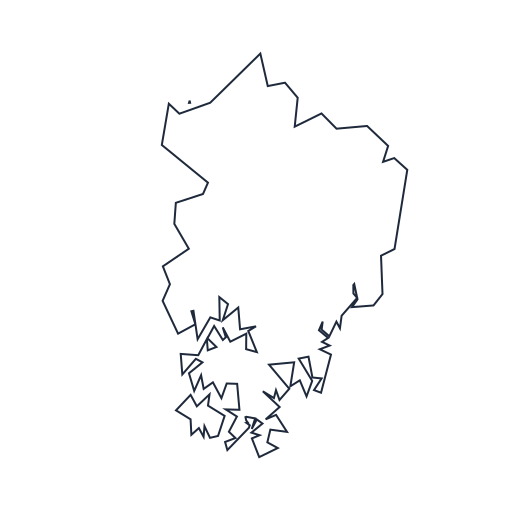 outline of La Chorrera, Panama, rotated 199°
{"feature_id": "35544464B93152851867893", "entity_name": "La Chorrera", "entity_type": "district", "adm_level": 2, "iso_a3": "PAN", "parent_name": "Panama", "parent_adm1": "", "projection": "orthographic", "projection_center": [-79.87, 8.978], "detail": "medium", "context": "isolated", "style": "outline", "palette": "slate", "viewbox_px": 512, "rotation_deg": 199, "n_neighbors": 0, "source": "geoboundaries", "source_scale": "gbopen_adm2", "svg_char_len": 1936}
<svg xmlns="http://www.w3.org/2000/svg" viewBox="0 0 512 512"><g transform="rotate(199 256 256)"><path d="M124.0,261.2L137.9,297.0L127.3,307.7L141.0,386.7L157.2,393.6L166.5,386.4L166.9,403.1L193.3,415.1L221.3,402.6L240.5,412.1L261.5,390.9L268.1,419.2L285.0,429.3L300.2,420.5L317.8,448.8L349.2,386.0L374.8,365.6L388.0,371.6L381.2,330.3L325.3,309.7L326.3,297.4L349.1,280.2L343.7,259.8L321.9,241.0L340.7,215.9L328.2,201.3L329.7,183.2L304.4,157.2L291.1,171.7L299.1,182.7L297.3,183.8L284.1,158.3L279.2,183.1L269.3,183.2L277.3,205.2L266.8,201.4L266.5,184.5L256.0,201.5L247.2,181.5L233.1,189.5L238.9,182.6L223.9,165.4L235.0,164.7L239.9,179.4L252.4,166.6L264.2,177.7L258.1,169.3L260.0,165.8L272.8,176.2L275.1,162.4L263.8,157.1L270.9,151.1L275.4,161.4L278.3,143.4L295.3,138.9L287.1,120.0L279.4,139.2L272.0,138.0L281.2,123.3L270.5,108.3L269.1,125.4L262.2,113.3L255.6,122.5L242.4,110.3L242.2,125.9L232.2,129.0L221.6,105.2L234.7,101.1L221.8,98.0L224.4,81.0L216.2,77.2L224.7,70.1L219.9,63.2L206.8,91.2L206.8,93.9L210.7,95.1L209.5,95.8L211.7,97.3L213.5,100.2L212.8,100.8L203.9,102.2L203.7,91.1L202.0,101.7L195.3,99.7L202.8,87.5L194.3,87.7L200.5,82.2L187.5,66.9L172.9,81.5L184.6,83.5L185.9,96.5L169.4,99.8L185.3,112.3L193.7,104.7L184.5,120.9L205.5,130.3L192.8,127.5L193.4,135.6L186.9,127.5L181.3,141.3L208.3,157.5L185.3,167.9L181.1,144.0L174.1,152.7L162.5,139.7L162.2,156.2L182.2,172.9L173.6,177.9L163.1,159.5L154.1,161.6L157.5,148.1L150.0,147.9L153.0,187.2L165.3,188.6L157.2,195.3L165.6,196.3L161.1,202.0L172.3,206.3L171.6,215.7L170.0,207.8L160.5,204.0L158.6,220.1L153.1,215.0L155.6,227.4L146.7,249.3L151.7,252.3L154.5,260.2L154.0,261.5L145.9,248.0L148.6,238.9L128.8,247.5L124.0,261.2ZM258.9,65.9L254.0,74.7L246.7,68.0L249.3,78.3L240.3,69.1L233.3,73.5L233.6,94.6L252.7,98.9L254.9,110.0L263.0,94.6L272.6,103.4L281.4,84.0L264.7,80.3L258.9,65.9ZM369.3,381.3L369.2,379.0L368.2,379.4L369.3,381.3Z" fill="none" stroke="#1e293b" stroke-width="2"/></g></svg>